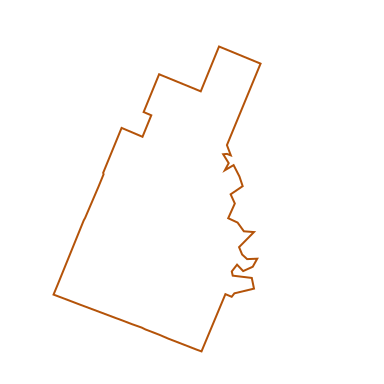 Baxter, Arkansas, United States of America (Equal Earth projection), rotated 201°
{"feature_id": "52423323B86572463849564", "entity_name": "Baxter", "entity_type": "district", "adm_level": 2, "iso_a3": "USA", "parent_name": "United States of America", "parent_adm1": "Arkansas", "projection": "equal_earth", "projection_center": [-92.385, 36.236], "detail": "fine", "context": "isolated", "style": "outline", "palette": "amber", "viewbox_px": 384, "rotation_deg": 201, "n_neighbors": 0, "source": "geoboundaries", "source_scale": "gbopen_adm2", "svg_char_len": 858}
<svg xmlns="http://www.w3.org/2000/svg" viewBox="0 0 384 384"><g transform="rotate(201 192 192)"><path d="M281.8,178.1L280.9,176.8L281.2,163.5L282.5,129.5L282.9,126.7L284.2,57.9L284.5,46.6L264.0,46.7L258.9,46.7L257.8,46.7L256.8,46.7L217.9,47.0L214.2,47.1L200.8,47.1L190.4,47.4L186.3,47.0L171.5,47.0L161.5,46.6L131.1,46.5L126.0,46.6L124.2,108.6L117.4,108.4L116.1,112.6L99.5,124.0L105.4,133.2L124.0,128.5L126.4,132.1L123.9,140.3L115.9,136.5L108.5,144.0L107.2,153.1L116.5,149.1L122.8,151.6L128.3,157.4L119.8,176.8L129.5,173.9L138.5,179.8L148.8,180.5L147.9,196.6L155.1,203.7L146.8,215.6L153.3,223.5L162.8,232.0L169.1,224.1L168.1,232.1L176.4,238.4L173.0,240.1L168.9,240.1L176.2,248.3L175.2,288.2L174.0,336.4L218.9,337.5L219.9,289.1L264.9,290.1L265.8,249.3L257.5,249.0L258.0,225.8L280.7,226.6L281.8,178.1Z" fill="none" stroke="#b45309" stroke-width="2"/></g></svg>